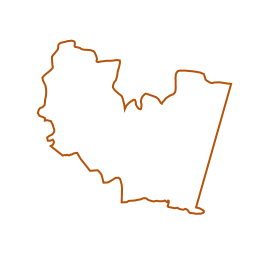 the district of Lukula, Bas-Congo, Democratic Republic of the Congo, rotated 196°
{"feature_id": "63176286B65126745094635", "entity_name": "Lukula", "entity_type": "district", "adm_level": 2, "iso_a3": "COD", "parent_name": "Democratic Republic of the Congo", "parent_adm1": "Bas-Congo", "projection": "albers", "projection_center": [12.873, -5.386], "detail": "fine", "context": "isolated", "style": "outline", "palette": "amber", "viewbox_px": 256, "rotation_deg": 196, "n_neighbors": 0, "source": "geoboundaries", "source_scale": "gbopen_adm2", "svg_char_len": 3257}
<svg xmlns="http://www.w3.org/2000/svg" viewBox="0 0 256 256"><g transform="rotate(196 128 128)"><path d="M210.0,112.2L207.9,113.2L204.0,113.3L201.4,110.5L198.3,105.8L197.9,103.8L199.1,100.9L201.8,98.3L203.1,96.6L201.6,93.7L199.3,94.3L197.2,96.0L195.2,94.2L195.6,91.2L197.4,89.3L183.1,83.5L182.9,83.6L181.7,84.4L180.9,84.6L180.0,84.8L179.3,85.4L179.1,85.4L177.1,85.4L176.6,85.9L175.7,86.7L175.0,86.9L174.8,86.9L174.3,87.4L172.6,89.0L170.0,90.1L165.0,85.2L161.3,82.6L152.7,76.4L145.5,79.0L143.6,78.0L142.7,77.4L141.9,76.9L141.3,76.3L140.2,75.3L137.9,71.2L136.5,68.7L134.0,69.5L132.1,70.3L129.9,72.5L128.0,74.6L126.2,76.6L123.5,77.6L121.6,76.8L119.9,74.3L118.3,71.4L116.8,67.4L116.5,66.1L114.9,59.9L114.3,57.4L113.6,54.8L112.0,55.3L108.8,56.3L108.0,57.2L107.1,58.2L105.9,58.6L103.1,59.6L102.5,59.8L101.7,60.1L99.4,61.3L96.2,62.9L94.2,64.5L93.8,64.8L91.5,65.4L87.9,64.3L85.4,64.4L83.3,64.4L80.2,66.0L78.7,66.1L77.9,66.2L77.4,66.3L74.4,67.2L73.4,67.9L72.5,68.5L70.4,67.5L69.8,67.7L69.7,68.3L69.4,69.3L68.7,69.1L68.3,67.2L68.3,63.7L67.5,63.2L60.9,63.8L58.6,64.9L55.9,64.3L53.1,64.6L52.0,64.8L50.7,66.1L49.1,65.9L48.5,65.8L48.1,65.6L45.8,63.7L45.4,63.6L44.7,63.3L44.5,63.5L44.4,63.5L44.0,63.7L41.7,64.0L40.6,64.2L38.8,64.3L36.2,65.2L34.4,65.7L32.3,67.2L31.8,68.3L32.4,69.3L34.5,70.0L37.0,70.5L39.5,70.5L40.7,70.4L41.0,198.8L42.6,198.6L44.3,198.2L48.7,197.7L51.4,197.3L52.9,197.1L54.8,196.4L57.7,195.5L59.4,194.4L61.2,194.2L62.6,194.5L65.5,195.3L67.0,196.1L67.9,197.7L68.9,199.1L69.9,200.7L73.5,201.2L76.2,201.0L80.2,200.5L81.6,200.3L86.2,199.4L89.1,198.9L91.9,198.0L93.7,197.6L95.7,196.5L96.5,194.9L96.8,192.9L96.6,191.7L96.1,189.1L95.0,185.9L94.4,183.5L93.5,180.8L93.1,179.3L92.6,176.7L92.6,175.5L93.3,173.8L94.0,172.7L95.2,171.9L96.9,170.4L98.0,169.1L99.4,167.5L100.0,166.5L100.8,164.4L101.8,162.5L102.2,160.7L103.1,161.0L105.3,162.8L106.7,164.2L109.3,165.3L113.5,165.7L115.2,165.7L118.6,166.0L120.5,165.9L121.5,164.6L122.4,163.1L123.1,160.9L123.1,159.2L123.1,157.9L122.6,156.3L121.4,154.1L121.0,152.2L120.8,150.8L120.8,149.8L121.3,149.4L123.0,149.5L124.9,150.8L126.8,152.7L127.8,155.3L129.1,156.9L130.4,156.7L132.0,154.8L133.6,152.9L134.7,151.0L135.8,148.8L136.3,145.3L137.3,147.8L138.1,149.5L139.7,152.2L140.9,154.5L143.2,157.2L146.8,158.6L151.4,160.8L153.6,162.8L154.1,164.2L154.0,167.7L152.8,170.7L152.8,172.7L152.8,175.3L153.4,178.8L153.4,182.3L153.4,184.2L153.7,188.5L154.5,190.7L157.8,190.2L160.6,188.8L163.1,187.8L167.0,186.8L169.6,185.6L172.4,184.5L174.6,183.2L176.1,183.1L176.8,183.7L176.8,185.7L177.8,187.6L178.9,189.1L180.5,191.0L182.1,192.3L184.9,192.5L186.6,192.3L188.7,191.9L191.4,191.2L194.4,191.0L196.5,191.7L199.0,191.6L201.2,191.4L202.1,192.2L202.2,194.3L203.2,196.2L204.2,196.5L206.4,196.4L208.0,195.6L209.7,195.0L212.6,193.2L214.2,192.5L216.7,190.8L217.7,189.3L217.7,187.6L217.2,185.6L217.2,184.0L219.3,179.0L220.1,177.4L220.7,175.6L220.3,174.0L219.3,171.2L218.0,167.5L217.2,166.3L217.0,164.8L218.4,162.1L219.9,159.9L221.9,157.1L223.0,155.5L224.2,152.8L223.0,150.5L221.5,148.8L219.0,146.0L217.4,142.7L216.4,139.6L215.7,136.0L215.5,132.5L214.9,129.7L214.5,127.1L215.9,124.5L218.0,122.9L218.8,120.9L218.8,117.5L216.3,115.2L213.3,115.1L213.2,115.1L212.8,115.1L210.4,114.5L210.0,112.2Z" fill="none" stroke="#b45309" stroke-width="2"/></g></svg>